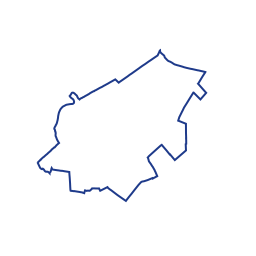 the district of Comana, Giurgiu, Romania, rotated 237°
{"feature_id": "2599482B75147928047629", "entity_name": "Comana", "entity_type": "district", "adm_level": 2, "iso_a3": "ROU", "parent_name": "Romania", "parent_adm1": "Giurgiu", "projection": "natural_earth1", "projection_center": [26.155, 44.161], "detail": "fine", "context": "isolated", "style": "outline", "palette": "blue", "viewbox_px": 256, "rotation_deg": 237, "n_neighbors": 0, "source": "geoboundaries", "source_scale": "gbopen_adm2", "svg_char_len": 5336}
<svg xmlns="http://www.w3.org/2000/svg" viewBox="0 0 256 256"><g transform="rotate(237 128 128)"><path d="M132.8,223.4L134.9,221.4L135.9,220.4L137.8,218.6L138.4,217.9L142.4,214.0L143.8,212.5L146.7,209.7L148.8,207.8L149.4,207.4L153.0,204.3L153.6,203.7L154.2,203.2L156.0,201.7L156.4,201.5L157.0,201.2L158.7,200.5L159.1,200.3L160.6,199.5L162.1,198.4L162.3,198.3L162.6,198.2L163.6,197.9L166.4,197.4L166.9,197.3L167.1,197.3L167.3,197.3L167.6,197.4L168.7,197.7L168.9,197.7L169.1,197.7L169.3,197.7L169.5,197.6L172.1,196.8L173.3,196.5L173.5,196.5L173.8,196.5L174.3,196.5L174.6,196.5L175.6,197.1L175.6,196.9L175.5,196.7L174.8,195.7L174.2,194.8L173.0,192.8L172.7,192.4L172.6,187.4L172.5,183.9L172.5,181.7L172.3,177.3L172.3,173.8L172.2,172.0L172.2,171.3L172.1,170.1L172.0,167.7L171.9,165.4L171.7,160.6L171.7,158.3L171.5,155.9L171.2,145.8L171.1,144.9L173.7,144.3L175.7,143.8L175.9,140.4L176.1,137.5L176.2,134.9L176.3,134.1L176.4,132.5L176.5,131.2L176.6,130.7L176.6,129.4L176.7,127.9L176.8,127.6L177.0,126.0L177.1,124.2L177.3,121.2L177.4,120.8L177.5,120.3L177.5,120.0L177.5,119.7L177.4,119.6L177.5,119.4L177.5,119.2L177.7,118.3L177.7,118.0L177.7,117.5L177.7,117.3L177.8,117.1L177.8,116.6L177.8,116.0L177.9,115.4L177.8,114.6L177.8,114.2L177.8,113.9L177.8,113.4L177.8,112.8L177.9,112.7L177.9,112.3L177.9,111.9L178.0,110.6L178.1,109.7L178.1,109.4L178.1,109.0L178.1,108.8L178.1,108.7L178.1,108.1L178.2,107.5L178.2,107.3L178.3,107.0L178.3,106.9L178.3,106.7L178.3,106.4L178.3,105.9L178.3,105.6L178.4,105.4L178.5,105.2L178.5,104.0L178.5,103.8L178.5,103.3L178.5,103.1L178.4,102.9L179.3,102.6L179.9,102.4L180.4,102.4L180.8,102.4L181.2,102.4L182.0,102.6L182.7,102.7L183.0,102.7L183.6,102.6L184.5,102.3L186.0,102.0L186.7,101.7L187.2,101.5L187.7,101.0L187.8,100.8L188.0,100.4L188.0,100.0L187.9,99.7L187.0,97.9L186.9,97.5L186.6,96.5L185.7,96.5L184.4,96.7L181.9,97.6L181.5,97.6L180.6,97.5L179.4,97.1L179.0,96.8L178.4,96.1L178.3,94.8L179.6,92.4L181.0,89.1L181.1,88.6L181.4,85.0L181.3,84.3L180.7,82.1L180.3,81.2L178.7,78.7L178.0,77.9L176.0,75.9L174.6,74.8L172.8,73.1L172.1,72.3L171.9,72.1L171.7,71.9L171.4,71.6L171.2,71.3L171.0,71.1L170.7,70.8L170.5,70.5L170.4,70.4L170.2,69.9L169.9,69.5L169.9,69.4L169.8,69.2L169.7,68.9L169.4,68.6L169.2,68.3L169.1,68.1L169.0,67.9L168.9,67.7L168.8,67.4L168.7,67.2L168.3,66.6L168.1,66.4L168.0,66.2L167.9,66.2L167.7,66.0L167.6,65.9L167.4,65.8L167.3,65.7L167.2,65.7L166.8,65.7L166.6,65.7L166.4,65.7L166.1,65.6L165.9,65.6L165.7,65.5L165.5,65.4L165.4,65.3L165.3,65.2L165.1,65.2L164.9,65.2L164.7,65.2L164.4,65.0L164.2,65.0L164.1,64.9L163.7,64.8L163.5,64.7L163.3,64.7L163.1,64.6L162.1,63.8L161.2,63.2L160.6,62.9L159.7,62.8L157.5,62.3L157.2,62.2L156.8,62.2L156.3,62.1L155.6,62.1L155.1,62.0L153.8,62.0L153.0,62.0L152.8,60.6L152.7,60.0L152.6,59.5L152.5,58.6L152.3,58.1L151.9,56.7L151.8,56.3L151.7,56.0L151.9,55.6L151.8,55.4L151.8,55.2L151.6,53.5L151.5,52.8L151.5,52.4L151.5,52.2L151.2,51.7L151.1,51.3L151.1,51.2L151.0,50.9L150.9,50.0L150.8,49.6L150.7,48.9L150.6,47.9L150.5,47.3L150.4,47.1L150.3,46.3L150.2,46.0L150.1,44.7L150.0,44.0L149.8,42.8L149.7,42.0L149.6,41.8L149.6,41.3L149.6,40.4L149.3,39.0L149.1,37.5L148.9,37.5L148.4,34.2L147.9,33.8L147.7,33.5L147.7,33.3L144.0,32.8L142.4,32.6L140.7,33.1L140.3,33.5L140.1,33.8L140.1,34.1L140.2,34.4L139.9,34.5L139.7,34.6L139.1,34.8L138.7,34.8L138.3,34.8L137.5,34.8L137.2,34.8L136.9,34.9L136.6,35.0L136.3,35.2L136.1,35.3L135.9,35.5L135.8,35.8L135.5,36.2L135.4,36.4L135.2,36.6L135.0,36.8L134.8,37.0L134.4,37.2L134.1,37.3L133.5,37.5L133.4,37.5L132.8,37.6L133.1,37.8L133.5,39.3L135.0,41.1L135.3,41.3L135.7,41.8L136.0,42.2L135.9,42.2L135.5,42.1L134.9,41.9L134.5,42.0L134.3,42.1L132.3,44.3L131.5,45.2L130.8,46.0L130.4,46.5L128.5,48.6L128.3,48.9L128.2,49.0L128.1,49.3L126.3,51.2L123.1,54.8L120.6,53.4L117.8,51.9L113.0,49.2L110.1,47.5L107.8,46.2L107.4,46.0L106.7,45.7L106.5,45.8L106.0,46.4L105.5,47.1L105.1,47.5L104.4,48.3L104.4,48.5L102.2,50.9L100.8,52.5L99.7,53.6L99.5,53.9L99.3,54.1L99.1,54.4L98.8,54.5L98.2,55.0L97.2,55.8L98.4,57.1L99.1,58.0L98.4,58.6L97.9,58.9L97.3,60.3L96.4,61.4L96.2,61.8L96.4,63.3L96.5,63.7L96.6,64.2L96.6,64.4L96.9,64.8L96.8,65.1L95.7,66.8L94.1,69.2L93.4,70.1L93.3,70.5L93.1,70.8L90.5,70.5L89.6,78.6L88.5,78.6L88.0,78.8L86.5,79.3L84.9,80.0L77.6,82.6L68.0,86.5L68.3,87.3L69.6,91.0L70.3,93.2L70.9,95.1L72.6,100.0L74.3,105.1L74.6,106.0L75.0,107.6L75.4,109.1L75.5,109.7L75.4,110.6L74.6,112.5L73.6,116.2L72.7,121.2L72.1,121.2L72.1,122.2L72.0,123.0L71.9,123.6L71.9,124.0L71.9,124.5L71.9,124.9L71.7,125.4L71.7,126.3L76.4,127.1L77.6,127.2L78.3,127.4L78.5,127.4L80.7,127.5L81.3,127.6L83.4,127.5L83.8,127.5L84.2,127.5L84.6,127.6L88.7,127.4L89.5,127.7L91.4,128.3L91.8,128.4L92.2,128.5L92.4,128.5L92.5,128.5L92.6,129.1L92.9,129.8L92.9,130.1L93.0,130.3L93.6,133.9L94.0,136.5L95.5,146.0L95.5,146.5L95.5,146.9L95.5,147.1L89.3,147.9L88.7,148.0L83.0,148.6L83.0,148.9L75.6,149.8L77.6,164.4L83.0,167.6L83.0,168.2L84.9,169.4L85.8,170.0L87.9,171.2L87.9,171.3L92.2,173.9L100.0,178.9L101.3,178.0L103.7,176.3L105.0,175.4L106.8,174.1L107.9,175.4L108.6,176.3L109.1,176.8L109.3,177.2L110.9,179.9L111.9,181.6L112.4,182.4L112.7,183.0L113.0,183.5L113.3,184.0L114.6,186.1L116.9,191.1L119.2,195.9L122.1,202.1L122.0,202.3L112.5,204.3L114.9,212.7L126.9,210.9L126.9,211.0L127.0,211.0L127.2,211.5L130.5,218.3L131.9,221.4L132.1,221.9L132.7,223.3L132.8,223.4Z" fill="none" stroke="#1e3a8a" stroke-width="2"/></g></svg>